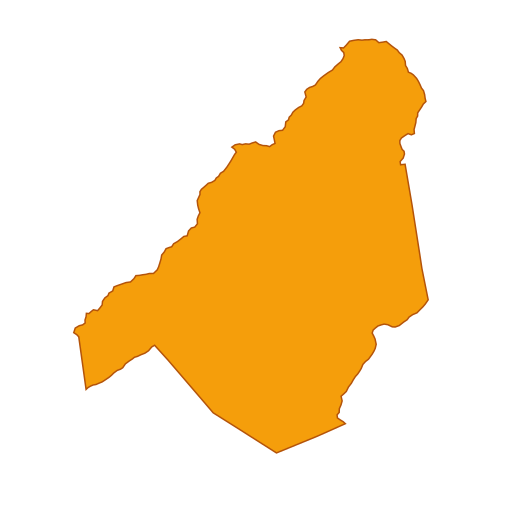 the district of São Fidélis, Rio de Janeiro, Brazil, rotated 171°
{"feature_id": "56859067B2768283768004", "entity_name": "São Fidélis", "entity_type": "district", "adm_level": 2, "iso_a3": "BRA", "parent_name": "Brazil", "parent_adm1": "Rio de Janeiro", "projection": "mercator", "projection_center": [-41.783, -21.671], "detail": "fine", "context": "isolated", "style": "filled", "palette": "amber", "viewbox_px": 512, "rotation_deg": 171, "n_neighbors": 0, "source": "geoboundaries", "source_scale": "gbopen_adm2", "svg_char_len": 3297}
<svg xmlns="http://www.w3.org/2000/svg" viewBox="0 0 512 512"><g transform="rotate(171 256 256)"><path d="M92.8,185.8L94.1,217.7L94.0,231.7L93.9,281.8L94.4,323.3L98.9,323.5L98.9,326.7L95.3,329.7L93.4,333.5L93.4,336.3L95.0,338.4L95.6,341.1L96.3,344.7L95.9,347.5L93.9,349.8L90.2,351.6L86.7,353.1L83.6,351.4L80.4,352.2L80.1,356.2L78.7,359.4L77.3,362.7L76.3,366.7L74.5,368.9L73.9,372.1L71.4,374.8L69.0,377.4L67.0,379.9L64.0,382.0L64.3,385.3L64.2,389.1L64.7,393.1L66.3,396.0L67.2,399.6L68.3,403.1L69.6,406.3L72.2,410.2L74.1,412.1L76.7,413.7L77.2,417.6L78.5,420.7L78.2,424.9L78.9,427.9L80.3,431.6L82.8,434.5L84.2,437.3L86.3,439.3L89.2,442.3L91.7,445.1L93.8,447.5L97.2,447.4L101.3,447.5L104.0,450.8L107.7,451.9L110.6,451.9L114.9,452.5L117.6,452.6L121.2,453.6L125.8,453.7L130.0,453.5L133.9,450.1L137.0,447.8L140.3,448.6L139.4,445.7L137.5,443.2L137.5,440.2L139.2,437.3L141.7,434.6L145.0,432.7L148.5,430.5L151.4,427.7L155.9,425.9L160.7,423.5L164.6,421.3L167.5,418.9L170.6,415.6L173.4,414.6L176.7,414.1L179.8,412.7L182.1,410.4L181.6,405.2L184.2,402.1L185.1,399.3L187.3,397.1L190.7,396.0L194.4,394.1L197.1,392.2L199.1,389.6L201.5,387.9L202.6,385.4L205.6,383.8L206.9,379.1L210.1,376.0L213.7,376.2L217.4,375.2L219.9,371.7L219.7,367.4L219.6,364.2L222.6,363.4L225.4,361.9L228.4,363.3L231.9,364.0L235.6,365.8L238.5,368.7L242.3,368.2L245.2,367.5L248.8,368.4L252.2,368.2L254.7,369.3L259.2,369.1L262.8,367.3L260.4,364.8L259.2,361.6L261.2,359.7L263.7,356.6L265.8,354.0L267.9,351.6L270.8,348.4L274.8,344.7L278.2,343.3L280.5,340.5L283.0,339.3L284.8,337.1L288.3,335.7L291.8,335.3L294.3,333.6L297.0,331.9L299.5,330.4L301.3,328.3L301.7,325.5L303.3,323.1L305.4,319.9L305.6,315.4L305.3,311.6L304.6,307.5L306.7,304.6L308.4,301.4L308.8,297.0L312.0,294.1L315.5,293.8L318.7,291.3L320.8,286.7L324.2,286.6L327.6,284.6L331.2,282.6L335.4,281.0L337.8,278.3L340.3,278.0L343.7,277.3L346.0,274.3L349.0,271.7L350.3,267.9L352.1,264.1L353.9,260.5L355.7,257.8L360.0,254.8L364.2,255.4L367.5,255.1L370.6,255.2L374.2,255.1L377.7,255.4L380.1,252.7L384.0,250.0L388.5,250.1L392.9,249.3L397.9,248.4L401.1,247.7L403.0,243.9L407.1,242.3L408.4,240.0L411.8,238.3L414.7,235.2L415.6,231.7L418.2,229.2L421.0,226.8L425.0,228.3L427.5,226.9L430.0,225.3L432.5,225.9L433.3,222.7L434.9,219.5L435.2,216.6L438.0,215.1L441.5,214.8L445.8,213.1L448.0,208.8L445.3,206.3L443.7,203.9L444.7,150.8L442.5,152.3L440.0,153.3L437.0,154.1L434.2,154.1L431.1,154.9L427.7,155.7L423.9,157.4L419.9,159.3L417.4,160.8L414.8,162.7L411.0,164.7L407.5,165.4L405.1,166.5L401.9,169.9L397.3,172.3L394.3,173.6L391.9,175.0L388.7,175.4L385.1,176.5L380.9,177.4L377.0,179.2L373.2,182.5L370.1,183.7L359.2,167.0L330.2,119.9L322.8,107.8L303.5,90.9L266.6,58.3L223.4,68.5L194.0,76.4L195.8,78.7L198.4,80.9L200.9,83.3L200.8,86.4L198.3,88.5L197.6,92.1L195.3,95.7L193.6,99.4L193.9,104.2L190.7,106.2L188.0,108.1L185.2,112.1L181.7,115.4L179.3,118.5L176.7,121.4L174.1,123.5L171.9,125.8L169.7,128.4L167.4,132.2L164.3,134.7L161.0,136.5L158.7,138.8L156.6,140.9L154.3,143.7L152.7,146.1L151.1,150.0L151.4,155.4L152.2,158.4L153.3,161.7L151.9,164.5L149.5,166.1L146.5,167.8L143.1,168.4L140.1,168.7L136.5,167.5L132.5,164.7L129.6,164.1L125.4,164.9L120.4,167.7L116.7,169.4L114.4,171.7L110.4,173.6L105.9,174.7L102.3,177.4L99.2,179.6L96.4,182.0L92.8,185.8Z" fill="#f59e0b" stroke="#b45309" stroke-width="1.5"/></g></svg>